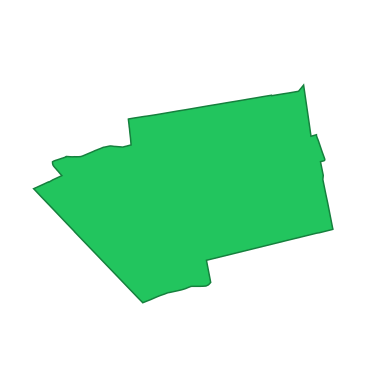 Vladila, Olt, Romania (Natural Earth projection), rotated 157°
{"feature_id": "2599482B56723681646749", "entity_name": "Vladila", "entity_type": "district", "adm_level": 2, "iso_a3": "ROU", "parent_name": "Romania", "parent_adm1": "Olt", "projection": "natural_earth1", "projection_center": [24.392, 44.002], "detail": "fine", "context": "isolated", "style": "filled", "palette": "green", "viewbox_px": 384, "rotation_deg": 157, "n_neighbors": 0, "source": "geoboundaries", "source_scale": "gbopen_adm2", "svg_char_len": 2523}
<svg xmlns="http://www.w3.org/2000/svg" viewBox="0 0 384 384"><g transform="rotate(157 192 192)"><path d="M189.9,276.0L193.2,276.8L194.5,277.1L202.4,279.1L205.1,279.8L205.6,280.0L206.4,280.2L208.3,280.7L211.6,281.5L216.7,282.8L221.8,284.0L222.1,284.0L223.7,278.5L224.0,277.5L224.1,277.3L224.8,274.7L225.6,272.2L226.1,270.6L227.0,267.5L227.1,267.2L227.5,265.8L229.7,259.1L231.3,259.4L232.8,259.6L234.4,259.8L235.9,260.1L237.6,260.3L238.4,260.5L239.3,261.0L240.2,261.5L241.2,262.0L242.3,262.6L244.6,263.8L245.9,264.4L247.5,265.4L248.4,265.9L249.0,266.2L249.9,266.5L253.0,267.1L254.6,267.4L256.2,267.8L258.2,267.8L259.9,267.8L261.9,267.9L263.3,267.9L265.2,268.0L267.0,267.9L268.8,267.9L269.3,267.9L271.1,267.9L272.6,267.9L274.5,267.9L276.7,267.9L278.7,267.9L279.6,268.0L280.1,268.0L280.9,268.2L281.9,268.5L283.4,269.1L285.4,269.9L286.1,270.3L286.6,270.4L286.9,270.6L287.9,270.9L288.3,271.1L289.4,271.6L290.5,272.1L291.4,272.6L292.4,273.1L293.2,273.5L293.8,273.8L294.3,273.8L294.4,273.5L295.0,273.6L297.2,273.7L298.9,273.9L300.5,274.0L303.0,274.2L305.0,274.4L306.8,274.5L308.0,274.4L308.6,274.3L308.9,273.5L309.1,273.0L309.3,272.2L309.3,271.8L309.4,271.4L309.4,270.6L309.1,269.4L308.8,268.3L308.2,266.7L308.1,266.2L307.9,265.8L307.6,264.5L307.3,263.9L307.2,263.6L306.9,262.6L306.3,260.6L305.8,259.2L305.4,257.9L315.3,257.6L320.0,257.0L320.2,257.4L324.9,257.2L336.3,256.9L336.5,256.9L332.4,245.9L326.2,229.6L325.2,226.9L324.0,223.7L319.5,211.7L315.6,201.5L315.7,201.4L283.0,115.5L280.9,110.2L280.6,109.3L275.3,109.2L272.0,109.1L265.5,109.2L261.2,109.1L257.2,108.8L253.6,108.7L252.0,108.3L247.3,107.4L243.1,106.6L240.2,106.1L237.8,105.8L235.5,105.6L233.2,105.6L229.8,105.5L228.7,105.1L225.6,103.8L222.1,102.3L218.8,101.0L215.9,100.0L213.2,100.1L211.7,100.7L210.1,101.5L205.4,123.5L123.4,110.3L109.4,108.0L98.3,106.2L93.3,105.4L90.5,104.7L78.4,102.8L76.9,102.6L76.7,103.2L76.7,103.6L71.5,128.3L69.6,138.1L66.7,152.3L64.7,156.0L61.9,169.7L58.4,169.2L57.7,169.3L57.3,169.6L57.0,170.2L56.9,170.9L56.8,172.7L56.5,178.4L56.1,183.8L55.9,186.4L55.7,189.0L55.6,191.2L55.6,193.1L55.4,195.4L55.1,196.1L60.7,196.8L57.4,209.1L47.5,246.8L54.6,243.1L64.5,245.4L69.2,246.6L81.0,249.5L81.0,250.0L89.6,252.1L96.5,253.7L105.2,255.8L106.2,256.0L110.4,257.0L112.9,257.6L117.0,258.6L125.2,260.6L133.3,262.5L141.0,264.4L141.5,264.5L143.1,264.9L153.3,267.3L160.6,269.0L165.2,270.1L165.7,270.2L168.5,270.9L174.5,272.4L175.0,272.5L178.4,273.3L179.7,273.6L186.9,275.3L189.8,276.0L189.9,276.0Z" fill="#22c55e" stroke="#15803d" stroke-width="1.5"/></g></svg>